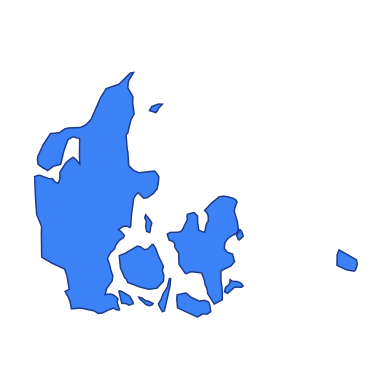 map outline of Denmark (Mercator projection), rotated 354°
{"feature_id": "DNK", "entity_name": "Denmark", "entity_type": "country or territory", "adm_level": 0, "iso_a3": "DNK", "parent_name": "Europe", "parent_adm1": "", "projection": "mercator", "projection_center": [10.731, 56.183], "detail": "fine", "context": "isolated", "style": "filled", "palette": "blue", "viewbox_px": 384, "rotation_deg": 354, "n_neighbors": 0, "source": "natural_earth", "source_scale": "50m", "svg_char_len": 3681}
<svg xmlns="http://www.w3.org/2000/svg" viewBox="0 0 384 384"><g transform="rotate(354 192 192)"><path d="M107.6,301.7L106.9,301.7L104.0,301.0L102.0,299.3L96.8,300.5L89.8,303.1L85.9,303.0L82.8,300.2L70.2,296.1L68.1,295.8L59.8,295.6L59.4,289.2L58.3,284.5L55.4,277.6L59.7,275.9L58.9,262.4L57.3,255.3L45.2,248.1L35.7,241.0L37.9,217.1L38.8,210.6L35.2,198.0L35.6,183.4L37.1,160.3L40.2,159.4L42.4,159.5L50.9,163.7L54.5,164.1L57.0,167.8L59.8,169.3L61.9,165.4L62.7,158.6L69.5,149.9L74.3,146.6L77.5,145.1L80.8,148.6L83.3,152.6L83.9,143.9L85.9,127.2L79.4,124.6L74.2,126.9L69.0,137.4L64.3,150.7L56.8,151.9L50.7,155.6L45.3,151.7L41.8,148.3L41.7,143.3L42.5,140.3L48.9,129.5L57.4,119.1L66.1,119.2L72.4,115.8L76.1,115.4L87.9,116.2L93.9,113.9L99.3,109.1L110.9,88.7L117.5,80.2L130.8,77.1L143.0,67.3L146.4,67.1L140.7,74.5L139.8,77.4L139.1,81.7L143.2,91.2L142.3,96.9L142.6,108.2L138.7,114.0L134.3,126.5L132.4,128.3L132.0,142.7L132.4,146.1L131.8,159.2L136.3,164.5L141.1,167.3L157.0,167.2L158.6,169.5L160.6,173.5L159.2,180.4L157.5,185.5L152.9,189.8L146.9,193.0L143.3,193.1L138.3,187.0L135.9,189.0L133.4,192.1L129.3,208.8L127.4,219.9L126.3,220.8L124.0,219.2L120.0,219.1L114.9,221.7L117.5,224.1L120.2,228.2L119.1,230.2L114.7,232.5L110.7,236.9L109.1,240.3L104.1,244.3L100.9,249.4L102.5,255.7L103.1,261.2L104.5,267.3L103.2,272.1L97.1,279.0L94.8,285.0L100.1,284.9L103.3,286.3L105.3,288.1L107.2,290.6L106.0,293.7L107.6,301.7ZM234.0,226.3L234.1,234.3L232.9,236.6L231.2,238.1L226.8,239.7L222.9,241.9L219.4,245.9L218.2,251.5L220.9,255.6L225.8,257.9L227.0,265.7L223.0,269.6L212.6,273.4L211.5,282.6L211.8,289.9L211.6,295.2L210.8,302.4L202.4,305.8L197.0,294.7L196.9,290.2L195.3,285.0L195.0,280.6L193.1,273.5L185.1,271.6L182.1,271.3L177.7,272.6L176.7,272.1L171.5,262.4L172.4,251.6L169.6,246.1L169.2,243.7L169.3,240.9L167.0,238.7L164.3,237.5L162.9,231.4L166.1,229.9L173.9,230.6L176.2,230.2L178.3,228.9L184.6,218.8L184.4,216.6L185.1,213.7L191.9,212.6L195.0,216.5L194.4,222.8L194.8,230.8L198.9,232.9L200.5,233.2L202.2,227.4L203.4,224.5L205.1,222.9L205.6,217.5L204.7,214.2L202.6,211.7L210.3,205.0L218.4,199.7L223.0,199.4L227.7,200.7L232.1,202.5L234.4,204.1L235.8,206.5L232.8,212.5L232.0,215.7L234.0,226.3ZM148.0,240.2L149.9,244.3L152.2,253.1L155.8,262.9L154.3,267.0L155.3,272.2L154.3,277.7L147.1,284.0L139.0,284.3L130.6,281.2L118.7,275.3L117.7,272.0L116.1,270.2L112.9,260.1L113.0,247.7L118.9,246.1L132.0,240.1L135.0,241.1L138.1,244.1L141.8,244.3L147.0,240.0L148.0,240.2ZM180.0,296.5L187.9,301.3L193.3,301.1L196.9,303.1L197.8,306.1L198.1,313.0L194.3,315.0L190.1,314.3L184.3,316.9L165.5,305.7L165.7,296.4L166.5,292.7L175.4,291.8L180.0,296.5ZM346.6,286.4L344.9,287.7L337.5,285.5L328.5,280.1L329.8,269.5L332.2,264.9L348.6,276.8L348.8,281.3L346.6,286.4ZM152.0,307.4L150.0,307.9L147.3,301.6L147.0,299.6L150.1,295.6L152.2,291.0L157.5,284.0L160.5,275.8L161.7,275.9L160.3,283.2L153.4,303.7L152.0,307.4ZM121.9,296.9L117.3,298.0L114.9,296.1L110.5,295.4L109.0,283.4L109.4,282.7L111.6,283.5L119.1,289.1L121.8,295.3L121.9,296.9ZM233.1,290.8L231.4,291.9L224.5,291.1L216.8,296.5L213.9,294.7L215.0,291.3L215.8,290.0L218.4,288.6L220.1,286.4L220.8,283.1L222.4,284.9L227.2,285.7L229.6,286.7L231.5,288.3L233.1,290.8ZM146.3,226.5L145.6,227.9L142.7,226.4L142.4,221.3L143.5,216.6L142.3,212.5L143.6,209.8L147.6,216.0L148.8,218.9L147.2,222.4L146.3,226.5ZM166.2,107.4L164.4,109.3L158.2,106.6L161.0,102.8L167.7,101.0L171.7,101.6L167.3,105.4L166.2,107.4ZM140.8,299.9L137.8,300.7L134.4,299.1L128.8,292.7L128.1,291.0L131.1,292.1L134.7,295.4L137.7,296.1L141.7,298.9L140.8,299.9ZM238.3,241.3L234.1,244.6L233.2,244.4L231.8,239.8L234.0,237.0L235.3,234.6L236.3,234.7L237.5,237.3L238.3,241.3Z" fill="#3b82f6" stroke="#1e3a8a" stroke-width="1.5"/></g></svg>